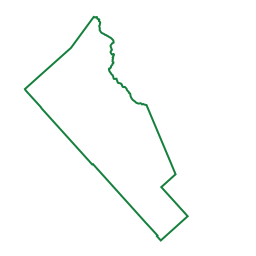 the district of Lander, Nevada, United States of America, rotated 138°
{"feature_id": "52423323B98901658080705", "entity_name": "Lander", "entity_type": "district", "adm_level": 2, "iso_a3": "USA", "parent_name": "United States of America", "parent_adm1": "Nevada", "projection": "equal_earth", "projection_center": [-117.527, 40.047], "detail": "fine", "context": "isolated", "style": "outline", "palette": "green", "viewbox_px": 256, "rotation_deg": 138, "n_neighbors": 0, "source": "geoboundaries", "source_scale": "gbopen_adm2", "svg_char_len": 2353}
<svg xmlns="http://www.w3.org/2000/svg" viewBox="0 0 256 256"><g transform="rotate(138 128 128)"><path d="M178.9,22.5L142.7,22.5L142.8,61.8L123.6,61.8L119.1,74.6L98.9,132.7L99.1,133.0L99.7,133.8L100.2,134.5L100.7,135.7L101.7,136.1L101.9,137.6L102.5,138.3L103.3,138.7L104.0,139.3L104.4,140.1L104.8,140.9L105.0,141.4L105.0,142.1L105.1,142.9L105.2,143.7L105.4,144.7L105.6,145.2L105.6,146.0L105.6,146.8L105.4,147.7L105.3,148.6L105.0,149.3L104.7,150.2L103.8,151.3L103.4,152.1L103.5,153.0L103.8,153.6L103.3,154.3L103.4,155.9L103.4,156.8L103.2,157.4L102.8,158.1L102.8,158.9L102.8,159.6L102.8,160.4L103.1,160.7L103.6,161.3L104.0,161.4L104.2,161.7L104.4,162.3L104.2,162.9L103.9,163.7L103.5,164.5L103.7,165.0L103.5,165.7L103.9,166.4L104.3,167.1L105.0,167.8L105.2,168.2L105.1,168.9L104.8,169.2L104.7,169.9L104.2,170.7L104.2,171.4L103.9,171.9L103.6,172.3L104.1,172.7L104.4,173.0L105.1,173.4L105.5,173.7L105.5,174.4L105.4,174.8L104.9,175.6L104.5,176.3L104.3,176.8L104.1,177.4L104.2,177.8L104.3,178.7L104.2,179.6L104.0,180.3L104.0,181.0L104.0,181.4L103.8,182.3L103.7,183.0L103.2,183.4L103.0,184.2L102.7,184.6L102.2,184.8L101.2,184.3L100.4,184.4L99.9,184.7L99.4,185.2L98.4,185.4L97.2,185.5L96.4,186.1L95.6,186.0L95.2,186.2L94.9,186.5L94.9,186.9L95.0,187.4L94.9,188.0L94.4,188.3L93.9,188.7L93.8,189.0L93.5,189.3L93.2,189.3L92.6,189.6L92.3,190.6L91.7,190.9L91.2,190.8L90.7,191.4L90.1,191.5L89.4,191.9L89.2,192.1L89.2,192.5L89.3,192.7L89.9,192.8L90.4,193.1L90.8,193.7L90.6,194.4L90.5,195.1L90.3,195.9L89.6,196.4L88.9,196.6L88.0,196.7L87.5,197.1L87.5,197.8L87.0,198.3L86.9,198.8L86.7,199.4L86.5,199.9L86.1,200.6L85.7,201.0L84.9,201.1L84.2,201.3L83.2,201.5L81.9,201.3L81.7,201.1L81.2,201.4L81.0,201.8L80.4,202.8L80.2,204.4L80.4,205.1L80.4,206.2L80.7,207.2L81.1,208.2L81.4,209.5L81.9,210.5L81.9,211.4L82.7,212.6L82.9,213.9L83.3,214.8L83.9,216.1L84.0,217.3L83.7,218.7L83.6,219.5L83.1,220.3L82.5,220.6L81.8,221.8L81.1,223.1L80.1,223.4L78.8,224.5L78.0,225.1L77.8,226.3L78.1,226.8L77.7,227.3L77.4,227.7L76.9,227.8L76.9,228.5L77.4,228.7L77.6,229.7L77.4,230.4L77.1,230.7L76.9,231.2L77.3,231.6L77.5,231.8L77.9,231.9L78.2,232.0L78.5,232.2L78.7,232.5L78.8,232.7L79.0,233.3L79.1,233.5L116.7,225.7L159.4,225.9L178.6,225.9L178.9,224.3L178.8,202.4L179.1,199.7L179.0,124.8L178.2,124.6L178.2,45.9L178.0,28.4L178.9,28.3L178.9,22.5Z" fill="none" stroke="#15803d" stroke-width="2"/></g></svg>